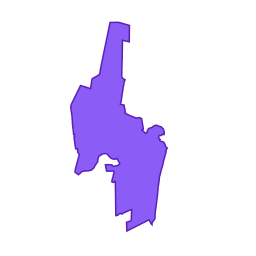 Gradinari, Giurgiu, Romania, rotated 124°
{"feature_id": "2599482B26302883103765", "entity_name": "Gradinari", "entity_type": "district", "adm_level": 2, "iso_a3": "ROU", "parent_name": "Romania", "parent_adm1": "Giurgiu", "projection": "albers", "projection_center": [25.804, 44.394], "detail": "fine", "context": "isolated", "style": "filled", "palette": "violet", "viewbox_px": 256, "rotation_deg": 124, "n_neighbors": 0, "source": "geoboundaries", "source_scale": "gbopen_adm2", "svg_char_len": 5713}
<svg xmlns="http://www.w3.org/2000/svg" viewBox="0 0 256 256"><g transform="rotate(124 128 128)"><path d="M50.6,201.9L54.4,200.3L67.3,195.0L89.7,185.8L94.9,183.6L95.9,183.1L98.8,181.7L98.9,181.9L99.7,181.9L100.4,181.7L101.2,182.2L102.5,182.9L105.9,184.6L106.4,184.9L106.8,185.2L107.6,185.1L108.0,185.0L116.3,181.1L119.3,191.1L139.8,188.3L142.1,187.5L143.6,186.4L147.8,182.6L149.2,181.3L153.9,177.6L155.4,176.6L160.0,172.6L163.6,169.6L163.1,169.4L163.8,168.6L165.3,167.2L165.7,167.6L166.4,167.1L167.5,166.1L168.0,165.6L168.5,165.2L170.0,163.9L174.5,159.8L174.1,158.9L173.5,158.2L174.3,157.7L175.5,156.7L176.0,156.3L176.2,156.0L176.4,155.7L176.6,155.3L176.7,154.9L176.8,154.5L176.8,154.2L176.8,153.7L189.3,149.4L191.1,148.8L192.6,148.1L193.7,147.6L194.3,147.2L194.4,143.1L194.4,142.9L193.9,143.0L193.6,142.9L193.1,142.5L192.5,142.3L191.5,142.2L190.8,142.1L190.2,142.0L189.4,141.3L188.6,140.5L188.1,140.1L187.2,139.0L186.1,137.5L185.8,137.1L185.4,136.7L184.9,136.3L184.4,135.7L183.5,135.0L182.6,134.5L181.4,134.2L180.6,134.1L179.8,134.0L176.8,134.4L176.3,134.3L174.5,134.3L173.7,134.3L173.1,134.3L172.6,134.4L172.1,134.6L171.7,135.0L170.9,135.4L169.9,135.7L169.2,136.0L168.2,136.2L168.0,136.3L167.6,136.3L166.7,135.9L165.4,135.2L165.1,135.2L164.6,135.1L164.4,135.0L163.4,134.3L162.8,133.6L162.2,132.9L161.8,132.5L161.5,131.9L161.3,131.3L161.3,130.2L161.5,129.7L161.8,129.1L162.0,128.2L162.2,127.2L162.4,126.2L162.5,124.6L162.3,123.7L161.8,122.4L161.4,121.8L161.0,121.3L160.6,120.8L160.2,120.3L159.9,120.1L159.5,120.1L162.0,114.9L162.5,115.0L163.3,115.1L164.4,115.4L164.8,115.7L165.1,115.8L165.3,116.0L165.5,116.2L165.8,116.5L166.2,116.9L166.5,117.2L166.8,117.5L167.5,118.1L167.8,118.4L167.9,118.8L167.9,119.0L167.9,119.3L168.0,119.5L168.0,119.9L167.7,120.3L167.6,120.5L167.6,120.8L168.1,121.6L168.7,122.6L169.5,124.0L170.0,124.8L170.1,125.0L170.3,125.2L170.5,125.4L170.8,125.9L171.1,126.2L172.7,124.7L173.5,123.9L173.9,123.5L174.1,123.3L174.6,122.7L175.4,122.0L175.6,121.8L175.7,121.7L175.4,121.0L174.4,119.7L173.1,117.7L172.6,117.1L172.4,116.8L171.8,115.8L171.8,115.6L171.9,115.4L172.3,115.1L172.6,115.0L172.9,114.8L173.0,114.7L173.5,114.5L173.9,114.3L174.0,114.3L174.6,114.1L175.5,113.8L176.2,113.4L176.8,113.0L176.9,112.9L178.1,112.9L180.7,111.8L181.7,111.4L181.6,110.9L181.5,110.3L181.4,110.0L181.1,109.5L180.9,109.4L180.5,109.2L180.1,109.1L179.9,109.1L179.7,109.0L179.4,108.7L180.4,107.9L207.2,89.3L207.4,88.7L206.6,88.3L205.8,87.5L205.0,87.6L204.4,87.5L203.3,86.6L202.8,86.0L202.9,85.4L202.9,85.1L202.7,84.9L202.4,84.7L201.9,84.5L201.6,84.6L201.1,84.4L200.4,84.1L200.2,83.8L199.5,83.1L199.0,82.9L198.5,82.8L198.1,82.7L197.4,81.9L196.9,81.6L196.5,81.5L195.8,81.1L195.2,80.7L194.4,79.9L193.7,79.3L203.1,73.5L207.0,76.5L214.0,71.3L192.3,59.2L194.4,55.5L194.7,54.1L193.4,55.0L190.1,55.0L188.1,55.0L187.5,55.3L187.0,55.7L185.6,56.5L184.8,57.0L184.4,57.3L183.4,57.9L175.9,61.6L170.3,64.4L169.7,64.7L167.0,66.1L165.9,66.7L164.8,67.3L164.5,67.4L163.0,68.3L161.4,69.2L160.7,69.7L159.0,70.4L158.5,70.7L158.2,70.9L158.0,71.1L157.9,71.0L157.7,71.0L157.1,71.5L155.3,72.2L154.5,72.6L152.9,73.5L152.4,73.7L151.8,74.3L151.5,74.3L151.2,74.4L150.4,74.8L149.9,74.9L149.2,75.1L148.7,75.3L146.8,76.0L146.2,76.2L146.1,76.3L145.6,76.5L144.8,76.7L143.6,77.1L143.0,77.3L142.5,77.5L142.0,77.6L140.2,78.2L137.9,79.0L136.8,79.5L134.7,80.3L133.5,80.7L130.9,81.6L127.9,82.6L126.8,83.0L126.3,83.2L125.7,83.5L125.2,83.9L124.9,84.0L123.9,84.2L123.3,84.2L122.7,84.2L122.4,85.8L122.2,86.9L121.1,87.9L120.0,89.6L119.8,91.4L120.4,92.7L120.7,93.2L120.6,94.8L119.6,94.9L119.3,96.3L119.2,97.2L118.6,97.3L117.9,97.6L117.0,97.8L116.8,97.8L116.7,97.6L116.3,97.1L115.9,96.6L115.4,96.3L114.5,95.9L114.0,95.5L113.4,95.5L113.4,94.5L112.4,94.7L110.9,96.0L109.4,97.6L109.2,97.9L109.0,98.3L108.6,100.7L108.5,100.9L108.5,101.0L108.5,101.3L108.8,101.8L108.9,102.2L109.2,103.3L109.4,103.8L109.4,104.6L109.5,105.0L109.6,105.3L109.7,105.8L110.0,106.1L110.5,106.8L110.9,107.0L111.1,107.2L111.4,107.4L113.2,108.3L113.6,108.4L114.3,108.5L114.6,108.6L115.3,109.4L115.7,109.7L116.3,110.2L116.7,110.4L116.9,110.5L117.7,110.6L118.3,110.6L118.7,110.5L119.1,110.5L119.8,110.3L120.2,110.2L120.7,109.9L120.9,109.8L121.1,109.8L121.3,109.8L121.7,110.2L121.9,110.2L122.2,110.4L122.3,110.5L122.6,110.7L122.5,111.4L122.3,112.2L121.9,114.6L122.0,115.2L121.4,115.6L120.4,114.6L120.2,114.8L119.5,115.4L117.6,117.2L114.6,120.1L114.1,120.5L113.5,121.2L112.6,121.9L112.8,122.6L112.8,123.0L112.7,123.9L113.5,124.9L114.1,125.4L114.8,126.3L115.2,126.7L115.5,128.3L115.9,130.3L116.6,133.0L116.7,133.8L116.8,134.3L116.9,134.8L116.9,135.1L117.1,135.9L117.1,136.6L117.1,137.1L117.4,138.7L116.8,138.8L115.6,139.9L115.0,140.3L114.3,140.9L113.9,141.4L113.8,141.5L113.1,142.3L112.3,143.1L111.7,143.5L111.2,144.0L112.4,147.2L112.6,147.7L112.1,147.9L110.5,148.3L109.0,148.8L108.0,149.5L106.2,150.3L101.7,152.5L100.1,153.1L99.1,153.7L96.8,154.8L95.4,155.3L91.6,157.1L91.3,157.2L90.8,157.3L90.5,157.1L89.6,157.4L89.8,158.2L89.8,158.5L89.8,158.8L89.6,159.8L89.6,160.1L89.6,160.4L89.6,160.6L89.4,161.2L88.7,162.1L88.1,162.5L86.8,163.3L86.4,163.7L85.4,164.1L84.4,164.9L84.0,165.2L83.0,165.8L82.6,166.1L82.1,166.3L80.1,167.6L77.8,169.1L75.6,170.5L73.8,171.6L73.0,172.1L72.6,172.3L71.9,172.9L71.5,173.1L69.8,174.2L69.3,174.6L67.7,175.5L66.2,176.5L65.4,177.0L64.8,177.5L62.3,179.0L61.1,179.9L59.7,180.7L58.8,181.3L58.3,181.7L58.1,181.0L57.1,178.3L56.8,177.7L56.3,176.3L55.9,175.1L53.7,176.6L51.5,178.0L51.0,178.3L50.4,178.8L48.3,180.1L45.8,181.8L43.0,183.6L42.3,183.9L42.2,184.0L42.1,184.3L42.6,185.2L42.6,185.5L42.8,186.1L43.1,187.0L44.1,190.1L44.7,192.1L45.3,193.8L45.4,194.1L45.7,194.8L46.1,195.5L46.4,196.1L47.5,197.6L49.6,200.6L50.6,201.9Z" fill="#8b5cf6" stroke="#5b21b6" stroke-width="1.5"/></g></svg>